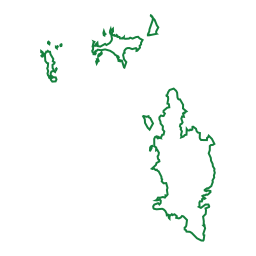 the district of Ko Kut, Trat, Thailand
{"feature_id": "78962969B85434613183217", "entity_name": "Ko Kut", "entity_type": "district", "adm_level": 2, "iso_a3": "THA", "parent_name": "Thailand", "parent_adm1": "Trat", "projection": "albers", "projection_center": [102.496, 11.71], "detail": "fine", "context": "isolated", "style": "outline", "palette": "green", "viewbox_px": 256, "rotation_deg": 0, "n_neighbors": 0, "source": "geoboundaries", "source_scale": "gbopen_adm2", "svg_char_len": 5759}
<svg xmlns="http://www.w3.org/2000/svg" viewBox="0 0 256 256"><path d="M158.7,171.4L161.4,176.7L161.5,178.7L162.2,179.3L161.7,181.3L163.6,183.3L166.2,183.1L167.5,187.9L166.9,189.9L167.6,194.5L166.5,195.8L165.5,195.4L165.4,197.0L164.9,197.6L162.9,197.0L160.2,197.7L158.0,197.6L156.7,199.9L155.9,200.3L157.0,200.4L160.0,199.6L160.8,200.8L160.6,203.1L159.4,204.5L158.1,203.2L154.3,204.6L153.2,206.3L153.4,208.0L154.0,208.8L156.6,209.3L162.2,208.8L163.6,209.4L165.3,211.0L166.5,213.3L166.8,215.2L168.0,214.6L169.0,215.0L169.1,215.8L168.5,216.2L168.9,218.0L169.5,218.6L169.5,216.2L171.8,214.2L172.5,215.1L174.5,214.3L176.8,216.2L176.2,217.8L178.9,218.4L180.7,217.6L182.0,216.0L183.4,216.4L187.0,220.0L186.3,225.5L185.9,226.6L184.6,227.7L184.7,229.5L185.8,230.0L186.5,231.6L189.8,231.8L191.7,232.9L197.0,238.3L201.3,240.5L203.2,240.6L203.7,239.8L204.3,235.3L203.6,235.1L203.3,233.8L205.1,228.3L204.7,226.8L203.3,225.4L204.4,225.0L203.7,223.5L203.8,221.2L203.1,216.6L205.7,214.0L206.0,210.3L205.5,208.4L209.0,207.0L209.2,206.2L208.4,204.5L205.5,204.5L200.9,207.9L198.8,206.8L199.5,206.3L199.4,202.5L200.0,201.3L201.8,201.5L202.3,200.4L202.0,199.2L203.4,198.6L204.5,198.9L205.2,198.4L204.4,197.7L203.5,197.6L202.4,196.0L203.7,195.3L205.4,195.2L206.2,194.5L207.2,194.8L208.2,194.3L210.5,192.1L210.4,191.0L207.8,190.5L206.4,191.2L204.7,190.5L204.7,189.9L207.0,188.3L208.5,188.2L211.3,186.1L212.8,182.0L212.5,180.4L214.2,177.5L213.9,175.5L214.8,172.8L214.2,170.6L214.5,168.9L212.9,166.3L212.6,163.8L211.0,160.6L210.8,157.9L208.7,153.3L209.8,150.2L209.8,146.0L211.0,145.0L212.8,144.9L214.4,143.9L211.9,138.9L208.7,135.7L208.1,137.2L207.1,137.8L206.9,140.1L201.1,140.0L200.0,138.7L199.7,137.6L199.9,133.0L197.8,132.5L196.6,131.1L196.0,128.8L193.2,126.7L192.5,126.8L192.3,129.6L191.1,130.1L190.2,129.6L189.5,130.4L187.7,130.4L186.7,129.0L186.5,134.7L184.7,135.1L183.6,136.5L181.2,137.4L181.6,136.0L181.0,135.0L181.9,131.3L180.7,129.2L181.1,127.9L179.9,126.3L180.4,124.3L181.7,123.8L182.6,122.4L181.3,118.7L182.1,116.5L183.9,116.8L183.0,113.4L183.8,112.8L184.6,113.1L185.0,112.2L186.5,111.4L183.0,108.5L183.1,104.8L180.0,99.4L179.1,99.5L178.2,99.0L177.5,97.6L177.1,92.6L176.1,90.8L173.7,88.6L169.6,90.0L168.2,92.1L167.1,95.2L166.5,95.4L166.6,96.0L168.0,96.8L168.2,99.0L167.4,103.6L168.9,104.2L169.3,107.3L167.2,107.7L163.6,110.7L163.5,112.2L164.9,113.5L163.7,115.9L163.0,116.1L161.0,115.5L159.4,117.3L159.4,119.2L160.5,121.6L160.6,123.6L162.9,126.3L162.7,129.6L164.3,131.4L163.6,134.6L162.2,134.8L161.3,137.0L160.4,137.4L160.8,138.2L159.4,137.9L157.8,138.4L157.2,137.7L158.0,136.7L156.6,136.3L155.1,137.0L154.2,138.9L154.3,146.3L156.2,147.5L156.1,150.3L157.2,149.7L158.9,152.8L158.5,155.1L157.6,156.3L157.9,158.2L158.4,159.6L159.1,159.9L159.4,161.4L156.5,163.0L155.9,165.0L151.8,168.7L152.5,169.0L154.0,168.5L155.5,170.0L156.8,169.7L157.3,170.6L158.7,171.4ZM113.0,31.5L112.9,28.8L111.7,30.0L110.7,30.0L110.6,29.4L110.1,30.7L110.0,31.6L110.6,31.4L111.0,32.0L110.3,33.6L111.2,34.4L112.0,38.8L111.6,40.5L109.7,43.1L106.4,45.0L105.1,43.9L100.3,46.6L97.8,46.1L97.4,42.7L95.9,44.2L96.5,45.2L96.0,45.8L93.8,45.7L93.1,44.4L92.6,46.6L93.2,46.9L93.0,49.7L92.3,50.5L92.3,51.2L92.6,52.2L93.3,52.4L93.5,54.2L95.2,54.3L95.8,53.2L94.8,52.6L95.1,51.5L96.1,50.7L96.6,50.9L97.8,49.7L101.0,50.2L105.1,49.4L110.1,50.8L113.6,53.0L115.2,54.9L116.7,55.6L117.1,56.8L117.8,56.2L118.3,56.4L118.8,57.6L118.0,58.7L118.3,59.9L119.2,60.0L118.8,61.0L120.3,61.3L120.7,60.5L121.9,60.6L124.0,67.4L124.4,67.6L126.3,62.1L124.1,59.4L123.1,55.1L123.8,53.1L124.7,52.8L124.3,51.1L124.8,50.1L126.2,48.6L127.4,48.1L129.3,48.0L132.2,49.1L136.0,48.1L136.6,48.6L136.5,50.9L137.3,50.7L140.0,47.6L139.6,45.9L141.1,44.4L141.0,42.9L142.6,40.0L139.6,38.4L138.1,36.8L136.0,37.1L132.6,38.6L130.2,37.7L128.9,38.6L125.0,38.8L123.7,38.3L123.8,37.3L122.9,38.3L122.6,37.9L121.3,38.5L120.0,38.4L119.5,37.0L117.5,36.9L117.4,35.6L116.5,35.0L116.1,35.9L115.0,35.9L114.2,35.6L114.1,35.1L113.5,35.3L112.2,34.6L111.8,33.0L113.0,31.5ZM48.6,51.7L47.9,51.0L47.5,51.7L46.3,51.6L44.9,54.5L45.3,60.9L46.8,62.9L48.1,63.3L47.8,67.2L47.2,68.2L48.2,71.1L47.5,73.4L48.1,75.5L49.0,76.1L49.1,77.7L49.6,78.0L50.9,76.3L52.0,76.2L50.7,75.2L50.7,73.2L51.5,71.5L53.6,70.9L53.5,69.5L52.6,68.0L52.5,64.9L54.3,63.5L54.6,62.4L52.8,61.3L53.3,59.0L50.5,54.3L50.0,51.8L48.6,51.7ZM156.2,33.5L156.2,31.4L158.3,27.4L156.9,25.5L154.7,20.0L152.9,17.9L152.6,20.5L149.5,29.3L149.3,31.4L147.9,34.3L147.9,35.3L148.4,35.3L148.6,34.6L149.7,34.8L149.7,35.2L156.6,33.8L156.2,33.5ZM146.4,116.8L143.6,116.0L143.1,116.3L144.8,119.3L145.0,122.8L147.7,127.7L149.6,129.6L153.0,123.5L150.2,118.0L148.7,117.3L148.5,116.2L146.4,116.8ZM55.6,81.4L56.5,79.4L55.7,77.4L53.3,77.3L50.7,78.6L50.8,79.7L52.3,81.6L55.6,81.4ZM98.0,59.1L97.0,59.2L97.2,59.7L96.1,61.5L96.7,63.5L97.6,61.7L98.7,61.0L98.0,59.1ZM101.5,54.1L101.8,53.2L101.5,52.3L100.4,53.6L99.0,54.2L98.2,55.4L98.2,56.7L101.5,54.1ZM149.9,151.3L151.6,148.2L151.2,146.8L152.2,146.4L152.1,145.9L151.3,146.1L150.2,147.4L149.9,151.3ZM104.4,35.5L104.5,34.8L105.4,34.1L104.8,33.7L103.9,31.2L103.4,33.0L103.8,35.2L104.4,35.5ZM49.3,44.2L49.6,42.8L48.6,41.7L48.0,42.2L48.0,43.3L49.3,44.2ZM42.7,52.9L42.6,52.2L41.2,51.1L41.2,52.2L42.7,52.9ZM61.3,46.0L61.6,44.9L61.4,44.3L60.6,44.6L60.3,45.4L60.6,46.1L61.3,46.0ZM43.5,54.5L43.9,53.7L42.9,53.0L42.5,54.1L43.5,54.5ZM43.2,55.8L42.0,55.4L41.4,55.8L41.7,56.4L42.6,56.6L43.2,55.8ZM57.5,46.2L56.7,46.6L56.6,47.0L57.2,47.2L57.8,46.7L57.5,46.2ZM55.1,72.0L55.4,71.2L54.7,71.0L54.5,71.6L55.1,72.0ZM56.4,69.5L56.7,68.8L56.4,68.4L55.9,69.0L56.4,69.5ZM56.8,48.3L56.8,47.9L55.9,47.1L55.9,47.6L56.8,48.3ZM94.4,41.9L93.7,41.6L94.1,42.4L94.4,41.9ZM152.5,17.6L152.5,17.0L152.1,16.6L151.9,16.9L152.5,17.6ZM151.1,16.1L151.3,15.6L150.9,15.4L150.8,15.8L151.1,16.1Z" fill="none" stroke="#15803d" stroke-width="2"/></svg>